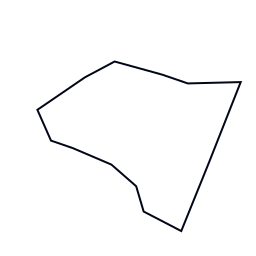 the border of Gudja, rotated 109°
{"feature_id": "MLT-5966", "entity_name": "Gudja", "entity_type": "state/province", "adm_level": 1, "iso_a3": "MLT", "parent_name": "Malta", "parent_adm1": "", "projection": "natural_earth1", "projection_center": [14.503, 35.844], "detail": "fine", "context": "isolated", "style": "outline", "palette": "ink", "viewbox_px": 256, "rotation_deg": 109, "n_neighbors": 0, "source": "natural_earth", "source_scale": "10m", "svg_char_len": 323}
<svg xmlns="http://www.w3.org/2000/svg" viewBox="0 0 256 256"><g transform="rotate(109 128 128)"><path d="M208.1,44.1L201.9,86.0L180.4,101.3L168.0,131.8L165.0,173.8L165.0,196.7L140.3,219.6L94.1,185.2L69.5,162.3L66.4,112.7L66.4,86.0L47.9,36.4L134.2,40.2L208.1,44.1Z" fill="none" stroke="#020617" stroke-width="2"/></g></svg>